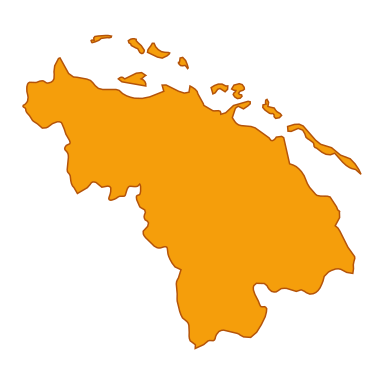 Villa Clara, Mercator projection
{"feature_id": "CUB-1431", "entity_name": "Villa Clara", "entity_type": "Province", "adm_level": 1, "iso_a3": "CUB", "parent_name": "Cuba", "parent_adm1": "", "projection": "mercator", "projection_center": [-80.068, 22.547], "detail": "fine", "context": "isolated", "style": "filled", "palette": "amber", "viewbox_px": 384, "rotation_deg": 0, "n_neighbors": 0, "source": "natural_earth", "source_scale": "10m", "svg_char_len": 5867}
<svg xmlns="http://www.w3.org/2000/svg" viewBox="0 0 384 384"><path d="M60.0,57.9L68.6,73.5L73.5,77.0L77.2,77.3L86.9,79.1L90.5,80.5L92.8,82.7L95.2,85.7L98.4,88.4L102.7,89.5L116.1,89.5L119.1,90.4L122.6,93.6L126.5,95.8L130.4,97.2L134.5,98.2L142.3,98.4L149.7,96.9L163.8,91.3L162.1,85.1L166.1,85.0L178.7,91.3L184.3,93.1L189.0,92.2L190.0,86.0L192.5,87.4L195.1,89.2L197.1,91.4L197.9,93.9L203.3,103.7L203.8,105.4L212.8,110.7L214.1,110.9L218.4,110.7L220.0,111.2L220.7,112.5L220.8,114.3L225.7,112.8L233.5,105.5L248.1,101.3L250.2,101.8L250.2,103.8L247.9,105.9L243.5,108.9L238.1,106.2L235.4,108.3L232.3,117.7L234.9,121.7L236.4,123.4L238.6,124.9L241.2,125.6L251.0,126.5L255.2,127.9L269.1,137.9L270.8,140.3L272.2,140.7L273.5,140.2L275.0,138.9L276.0,137.6L276.3,137.1L281.7,136.4L283.7,137.7L289.6,163.8L293.3,165.1L296.2,166.6L298.7,168.7L301.4,171.6L304.1,175.7L307.4,183.7L309.6,187.4L315.6,194.3L317.0,195.4L320.5,196.1L327.4,196.2L330.1,197.0L336.5,206.8L337.7,209.8L339.6,211.4L339.4,211.7L339.6,217.6L335.2,225.8L337.9,228.0L339.9,231.2L347.9,247.2L354.6,256.6L354.8,258.4L353.9,261.6L353.3,264.7L353.5,268.8L352.8,273.4L346.7,272.4L340.8,269.3L338.4,268.8L335.5,269.0L331.3,270.5L328.5,272.0L324.2,276.4L323.0,281.0L321.7,284.3L320.0,287.9L318.0,290.6L315.8,292.5L313.2,293.7L309.8,294.1L306.4,292.7L304.4,291.3L301.2,289.8L296.3,291.4L286.6,288.4L284.4,288.3L281.2,288.6L277.8,290.9L276.1,291.9L274.1,292.0L271.6,291.4L269.1,289.2L267.9,287.4L267.0,285.7L264.3,283.5L256.4,283.3L253.8,285.6L253.3,287.4L253.4,290.0L254.9,294.4L258.4,301.2L259.5,304.1L260.3,305.8L261.0,306.6L262.1,306.8L264.7,306.7L265.7,307.3L266.7,308.7L266.4,312.0L265.2,316.7L261.3,324.7L256.6,332.3L250.7,337.4L243.6,336.9L240.2,335.1L239.1,334.2L237.3,333.4L223.5,330.1L221.3,330.4L218.9,331.5L216.5,334.5L215.6,336.5L215.1,338.7L214.4,340.0L213.2,340.7L209.7,340.5L208.1,340.9L203.7,344.6L195.2,348.5L195.4,345.0L195.1,344.5L190.2,340.8L189.4,338.6L189.1,336.1L189.2,332.3L188.9,325.5L188.3,323.4L187.0,321.6L182.5,317.9L180.9,314.7L179.7,311.3L177.2,301.1L177.1,298.9L177.2,293.9L176.3,283.9L176.6,281.6L177.5,279.5L178.4,278.0L181.0,269.7L175.0,266.9L172.1,263.1L170.0,259.3L168.7,256.3L168.0,254.0L167.3,248.3L166.9,247.4L166.3,246.9L165.3,246.7L164.1,246.8L160.5,247.9L158.8,248.0L157.1,247.7L154.2,246.1L145.6,237.7L144.1,235.7L143.3,234.0L143.2,231.2L147.7,226.3L148.5,222.9L147.8,221.8L146.9,220.8L145.2,219.9L144.3,218.0L144.1,216.6L144.5,214.7L145.4,212.5L144.7,209.9L140.2,207.3L139.4,206.0L136.7,199.7L136.4,197.5L136.5,196.2L137.2,195.5L139.6,194.6L140.2,193.3L140.6,191.1L140.6,186.6L140.2,184.9L139.7,184.1L138.0,185.9L137.3,186.3L135.9,186.6L134.3,186.6L131.0,186.3L129.6,186.3L128.8,186.7L128.0,187.6L127.1,189.3L125.3,195.1L124.9,195.7L124.1,196.2L119.7,196.3L118.6,196.7L115.9,198.5L114.4,199.2L111.7,200.1L110.4,200.2L109.4,199.8L109.0,199.3L108.8,198.6L109.0,197.5L110.2,194.0L110.7,191.6L110.8,187.9L109.7,186.5L107.7,186.1L101.8,187.2L96.1,182.5L94.9,182.1L92.9,181.9L91.7,182.5L90.8,183.4L90.2,184.4L87.3,187.7L77.4,193.5L74.0,187.6L72.5,185.9L71.4,183.4L70.8,180.8L70.2,175.7L69.1,173.7L68.0,172.5L67.4,171.4L67.2,169.5L68.4,157.4L68.3,155.2L67.9,153.5L66.8,151.7L65.1,149.9L64.7,148.8L65.0,147.3L66.3,145.4L69.8,143.7L70.1,142.3L69.5,140.4L65.9,134.2L64.2,128.9L61.9,123.5L61.3,122.5L59.5,121.8L57.2,121.8L52.5,123.6L47.8,127.1L46.1,127.8L42.3,128.1L37.5,123.9L33.5,121.3L32.5,120.4L29.6,115.8L27.2,113.1L26.4,111.9L25.9,110.7L25.7,109.0L25.2,108.1L23.4,107.0L23.0,106.3L23.3,105.3L25.0,104.4L26.2,103.1L27.5,101.3L28.1,97.5L27.8,95.4L26.9,91.5L26.8,88.6L26.9,86.6L27.6,84.1L28.4,83.0L29.6,82.3L35.6,82.5L36.6,82.4L39.9,81.1L42.3,80.8L43.2,80.9L44.2,81.4L46.3,82.8L47.4,83.1L48.7,82.9L51.1,82.2L52.9,80.8L54.0,78.7L54.2,74.4L54.0,71.8L54.7,65.8L58.5,58.5L60.0,57.9ZM355.6,169.5L351.6,168.5L349.4,167.5L346.2,165.4L342.7,162.2L334.7,153.2L330.4,154.8L326.0,154.3L322.0,152.3L316.6,148.1L315.0,147.5L314.1,146.4L313.7,143.5L312.9,142.4L309.1,139.6L308.0,139.0L306.0,137.3L304.8,133.7L302.7,130.1L298.2,128.4L291.2,131.4L288.0,131.2L287.6,126.5L294.4,124.4L299.2,124.2L303.2,126.0L315.5,140.1L320.7,144.3L331.6,147.7L340.5,155.1L350.2,158.8L355.0,163.8L358.9,169.7L361.0,174.3L355.6,169.5ZM124.7,78.9L136.3,73.2L141.6,72.6L145.8,75.4L144.6,76.1L142.3,78.2L141.1,78.9L143.3,79.9L144.8,81.5L145.7,83.5L145.8,86.0L121.9,81.8L118.3,78.9L119.7,77.8L121.1,77.2L122.7,77.4L124.7,78.9ZM154.1,43.3L155.6,46.7L158.2,49.6L161.4,51.6L164.7,52.3L168.5,52.5L169.7,53.0L169.1,54.1L167.1,55.8L162.3,58.1L157.5,57.1L147.5,52.3L148.0,49.7L149.3,47.8L150.8,45.9L152.3,43.3L154.1,43.3ZM277.0,111.7L280.2,113.6L281.6,115.4L279.4,117.7L275.7,118.4L274.1,116.7L274.1,114.9L273.4,114.0L272.5,113.5L271.2,113.7L269.5,113.3L264.9,110.0L262.8,107.5L263.0,104.9L266.0,104.1L265.5,102.5L265.7,100.2L267.0,99.4L268.6,102.3L267.9,106.4L269.6,107.0L274.2,108.0L275.6,110.2L277.0,111.7ZM242.2,84.6L244.1,87.2L244.4,89.1L243.0,90.3L240.1,91.2L238.5,93.1L239.5,94.5L241.6,94.9L242.0,96.3L240.2,98.2L237.4,98.6L234.7,96.9L233.2,94.6L233.9,93.0L235.3,91.8L235.9,90.5L233.8,90.2L231.6,89.0L234.0,85.1L239.3,83.7L242.2,84.6ZM141.3,45.7L144.3,50.2L144.0,51.9L142.8,53.4L141.4,53.5L139.8,52.4L137.7,48.6L135.9,48.0L131.3,45.5L130.9,44.3L130.5,43.8L128.9,42.8L128.3,40.7L130.6,39.2L132.3,38.8L134.1,38.7L136.2,39.3L136.2,40.7L137.8,42.5L141.3,45.7ZM225.8,86.0L227.8,85.9L227.6,89.3L225.1,91.8L220.0,88.5L217.7,89.3L215.2,92.8L212.9,93.9L211.1,87.6L214.5,85.5L218.2,84.1L222.1,84.1L225.8,86.0ZM105.5,35.5L108.2,35.5L111.5,36.1L111.1,37.3L109.2,37.8L107.3,37.6L101.2,38.4L98.9,40.3L95.3,41.8L92.1,42.7L91.6,42.2L91.1,40.5L92.0,40.0L94.1,40.3L93.7,38.0L94.9,36.5L98.3,36.0L105.5,35.5ZM185.6,60.5L187.2,64.5L188.2,67.9L187.6,68.6L186.2,66.6L185.1,65.4L182.6,65.8L180.7,65.6L179.3,64.4L178.4,63.0L178.5,62.4L179.3,62.5L179.7,61.1L180.1,58.0L182.7,57.4L185.6,60.5Z" fill="#f59e0b" stroke="#b45309" stroke-width="1.5"/></svg>